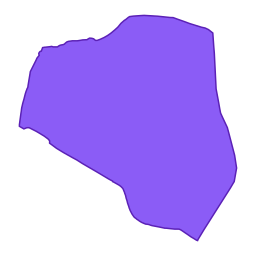 Rajuzah, Al Jawf, Yemen
{"feature_id": "15242507B9382148202065", "entity_name": "Rajuzah", "entity_type": "district", "adm_level": 2, "iso_a3": "YEM", "parent_name": "Yemen", "parent_adm1": "Al Jawf", "projection": "mercator", "projection_center": [44.482, 16.62], "detail": "fine", "context": "isolated", "style": "filled", "palette": "violet", "viewbox_px": 256, "rotation_deg": 0, "n_neighbors": 0, "source": "geoboundaries", "source_scale": "gbopen_adm2", "svg_char_len": 2444}
<svg xmlns="http://www.w3.org/2000/svg" viewBox="0 0 256 256"><path d="M197.6,240.6L198.0,239.5L198.3,239.0L204.0,229.6L230.4,188.0L233.1,183.4L234.2,181.6L234.6,179.4L235.9,172.0L236.6,168.1L236.5,167.2L236.4,166.8L234.7,155.8L234.6,155.2L231.0,141.4L228.3,131.1L227.7,129.0L227.4,127.7L222.5,117.3L220.6,113.1L219.7,108.5L218.7,102.8L216.1,88.9L214.6,59.0L214.3,52.9L213.8,47.1L212.8,33.0L208.5,29.6L205.1,28.0L204.6,27.9L201.4,27.2L189.5,23.5L184.4,21.6L177.0,19.0L173.2,17.6L170.1,17.5L157.7,16.2L144.1,15.4L140.6,15.6L133.4,16.1L131.1,16.4L129.6,16.6L128.3,17.4L125.9,19.4L125.1,19.9L124.3,20.4L121.0,23.3L117.8,27.2L114.6,30.1L110.6,33.4L107.6,35.5L104.1,37.5L100.2,39.3L97.2,40.4L95.5,40.4L93.6,38.8L92.9,38.6L91.9,38.3L89.7,38.1L89.1,38.4L88.6,38.6L87.0,39.7L82.7,39.9L80.5,40.3L77.3,40.8L74.5,40.8L73.9,40.8L73.2,40.8L72.3,40.8L71.1,41.0L68.9,41.3L68.3,41.4L66.9,41.9L65.5,43.0L64.4,44.1L63.2,44.6L61.1,45.0L60.2,45.2L59.4,45.6L58.8,45.9L58.2,46.3L57.7,46.8L57.2,46.9L53.2,46.9L51.7,46.4L49.8,46.7L45.3,47.2L44.8,47.2L42.6,47.6L41.3,51.1L40.4,51.3L40.0,51.6L39.5,52.1L39.2,52.6L38.9,53.1L38.8,53.3L38.8,54.0L39.2,55.3L36.9,58.2L36.9,58.3L36.7,58.7L36.4,59.4L35.8,60.7L31.2,69.9L30.7,70.9L30.3,71.7L30.0,73.8L29.1,79.2L28.9,80.2L28.9,80.4L28.0,85.8L28.0,86.2L27.7,87.7L27.2,88.4L26.8,89.5L26.0,91.6L25.4,93.5L24.9,95.4L24.4,97.4L23.9,99.4L23.8,99.7L23.3,101.4L22.7,103.5L22.3,105.3L22.0,106.6L21.8,107.3L21.5,109.2L21.3,111.1L21.0,112.9L19.4,124.7L19.4,126.3L20.4,126.9L23.9,128.9L26.9,127.7L29.1,127.7L36.0,131.2L38.6,132.7L44.2,136.1L48.1,139.0L49.6,140.8L49.6,143.2L51.0,144.2L56.5,148.3L60.1,150.5L63.9,152.8L72.8,157.8L76.7,159.9L82.2,163.4L84.4,164.7L96.1,171.5L108.5,178.9L110.5,180.0L112.4,181.0L112.7,181.2L112.7,181.6L112.8,181.6L119.0,185.1L120.7,186.3L121.7,187.3L122.7,188.3L123.4,189.6L123.8,190.8L124.4,192.0L124.7,193.2L125.2,194.5L125.7,195.9L125.7,196.1L126.2,198.3L127.0,200.7L127.6,203.2L128.6,206.0L129.2,208.0L129.7,209.2L130.0,210.1L131.0,212.1L132.1,214.2L133.1,215.6L133.8,216.7L134.7,217.6L135.9,218.4L136.9,219.3L138.0,220.0L139.1,220.8L140.6,221.8L142.1,222.6L144.4,223.6L146.0,224.2L147.1,224.2L149.1,224.6L150.3,225.1L151.9,225.6L159.2,227.0L164.9,228.2L166.3,228.2L170.7,228.7L174.6,229.1L178.2,229.1L179.3,229.2L180.2,229.6L181.3,230.2L182.8,231.2L185.1,232.8L187.8,234.6L190.9,236.8L193.8,238.5L196.5,240.2L197.4,240.5L197.5,240.6L197.6,240.6Z" fill="#8b5cf6" stroke="#5b21b6" stroke-width="1.5"/></svg>